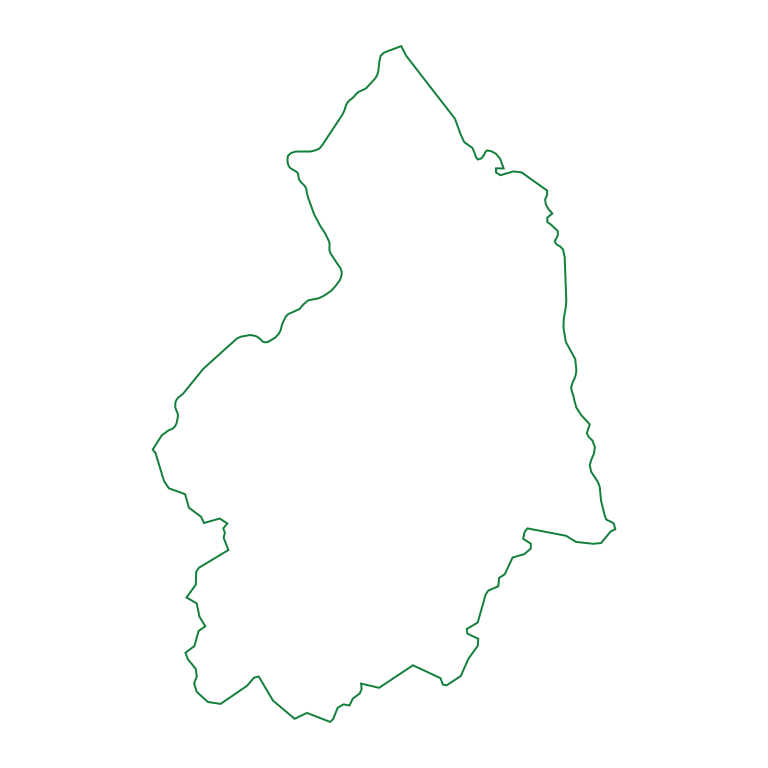 the border of Northumberland
{"feature_id": "GBR-2034", "entity_name": "Northumberland", "entity_type": "Unitary Single-Tier County", "adm_level": 1, "iso_a3": "GBR", "parent_name": "United Kingdom", "parent_adm1": "", "projection": "albers", "projection_center": [-2.071, 55.292], "detail": "fine", "context": "isolated", "style": "outline", "palette": "green", "viewbox_px": 768, "rotation_deg": 0, "n_neighbors": 0, "source": "natural_earth", "source_scale": "10m", "svg_char_len": 3113}
<svg xmlns="http://www.w3.org/2000/svg" viewBox="0 0 768 768"><path d="M152.7,449.6L161.7,435.4L168.3,430.5L173.1,428.4L175.2,426.0L176.6,423.2L177.7,417.8L177.9,415.5L177.8,413.9L177.2,412.2L176.2,410.1L175.3,407.4L175.3,402.6L176.4,400.1L177.9,397.9L183.0,393.8L203.4,368.7L236.8,338.6L240.9,336.7L250.3,335.0L255.6,336.0L257.6,337.0L261.1,339.8L262.4,341.5L264.8,342.3L268.0,342.0L275.5,337.4L278.5,334.1L280.5,330.6L282.0,324.7L283.4,321.3L286.0,316.3L288.4,314.0L299.4,309.1L303.3,304.5L308.2,300.4L318.8,298.2L323.2,296.2L331.0,291.0L335.7,285.8L339.5,280.7L341.0,277.3L341.7,274.4L341.6,271.9L341.0,269.6L340.2,267.6L338.8,266.0L330.6,253.5L329.8,251.4L329.4,249.5L329.4,247.4L329.5,246.6L329.6,245.4L329.5,243.4L329.0,241.3L325.2,233.4L320.3,226.0L314.2,214.5L308.1,197.6L306.9,193.1L306.6,190.7L306.1,188.4L305.1,186.4L300.7,181.8L299.5,180.1L298.6,177.9L298.4,175.4L297.8,173.0L296.3,171.7L290.4,168.2L289.1,166.6L288.1,164.6L287.6,162.1L287.5,159.3L287.9,156.0L289.4,154.4L291.3,152.9L295.9,151.5L310.5,151.5L315.8,150.2L319.6,148.4L322.2,145.2L342.5,114.5L344.5,110.2L346.1,105.0L347.6,102.4L349.3,100.5L352.8,97.8L356.7,93.5L358.6,91.9L364.7,89.1L366.5,87.9L375.6,77.9L377.4,74.4L378.3,71.2L379.4,61.2L380.6,56.0L382.4,53.8L384.5,52.4L401.2,46.1L406.1,55.7L455.0,118.8L460.5,134.1L464.3,142.2L472.3,147.8L474.4,152.5L476.0,157.2L477.9,159.5L481.4,158.4L483.8,155.3L485.4,152.0L486.8,150.5L490.9,151.1L495.7,153.5L500.2,158.9L503.6,168.4L496.0,168.4L496.0,172.5L500.5,175.2L513.5,171.4L521.6,172.4L547.1,190.6L547.1,195.1L545.1,199.5L545.8,204.3L548.4,209.0L552.3,213.5L547.3,217.6L547.3,222.1L550.5,224.2L557.8,231.0L557.8,235.5L554.7,241.3L556.6,244.4L560.3,246.6L563.0,249.4L564.7,257.2L566.3,301.4L565.7,307.8L563.8,318.5L563.6,322.1L563.5,327.8L565.9,342.1L575.2,359.0L576.4,370.6L575.9,373.7L575.2,376.7L574.1,379.5L572.7,382.3L571.1,387.2L571.9,391.5L573.4,395.7L574.2,400.0L576.4,407.7L581.1,415.0L589.8,424.4L586.8,433.1L588.8,437.1L592.5,440.6L594.9,447.3L593.9,453.8L591.4,459.4L589.7,465.2L591.3,472.0L597.9,482.0L599.7,486.8L601.1,501.0L604.6,514.9L606.0,519.1L607.4,520.2L612.3,522.4L613.7,523.5L614.3,525.4L615.3,529.3L610.7,531.4L601.1,543.0L593.3,543.8L576.0,541.9L566.1,535.8L542.3,531.2L527.4,528.4L524.5,532.2L523.2,538.8L530.8,543.7L530.7,548.6L524.3,554.1L512.6,557.5L504.8,574.2L499.1,577.9L498.3,586.3L488.4,590.5L485.7,594.4L477.7,622.5L466.8,629.0L467.4,633.7L478.3,638.8L477.7,645.9L468.4,658.8L460.8,676.0L446.6,685.3L442.9,684.6L440.5,678.2L412.9,665.3L379.1,687.8L361.1,683.6L361.6,689.1L359.8,693.5L352.8,698.6L349.5,705.5L343.5,704.4L337.7,707.7L333.1,719.2L330.1,721.9L306.9,712.9L294.6,718.8L273.0,700.6L258.7,676.5L254.1,677.6L247.0,685.8L220.6,703.9L207.9,702.0L196.6,691.7L194.1,683.3L196.8,676.4L195.7,668.9L187.8,659.1L185.5,652.7L194.4,646.0L198.6,631.0L205.3,626.3L199.5,616.8L196.7,603.4L186.5,597.5L195.8,584.7L196.2,571.8L198.8,567.8L228.4,550.0L223.6,537.6L224.9,532.8L223.3,528.4L227.3,523.5L219.8,518.5L204.0,523.0L201.1,516.8L188.9,507.7L185.1,494.2L169.0,488.4L164.0,481.0L155.5,453.0L152.7,449.6Z" fill="none" stroke="#15803d" stroke-width="2"/></svg>